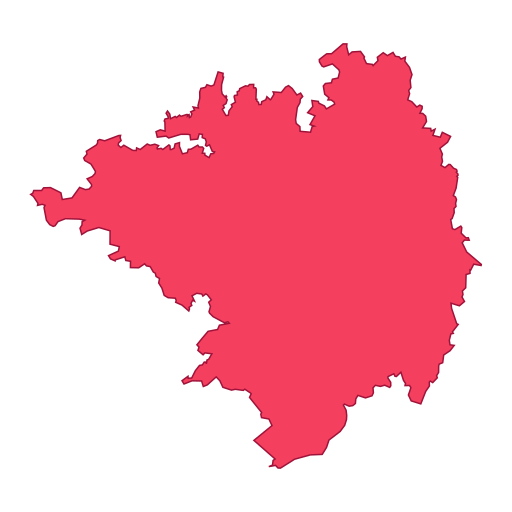 Ennis Lea-7, Clare, Ireland (Mercator projection)
{"feature_id": "5873133B50268153868150", "entity_name": "Ennis Lea-7", "entity_type": "district", "adm_level": 2, "iso_a3": "IRL", "parent_name": "Ireland", "parent_adm1": "Clare", "projection": "mercator", "projection_center": [-8.994, 52.844], "detail": "fine", "context": "isolated", "style": "filled", "palette": "rose", "viewbox_px": 512, "rotation_deg": 0, "n_neighbors": 0, "source": "geoboundaries", "source_scale": "gbopen_adm2", "svg_char_len": 5991}
<svg xmlns="http://www.w3.org/2000/svg" viewBox="0 0 512 512"><path d="M322.2,454.4L326.5,447.5L329.0,440.0L340.2,431.4L344.7,425.3L346.5,419.5L346.7,415.3L346.1,410.2L343.4,405.1L344.4,404.1L349.2,406.2L352.8,405.6L355.4,403.5L355.8,398.9L357.9,395.4L365.5,397.9L372.0,395.8L373.4,392.8L373.0,387.8L375.4,385.3L380.4,386.4L384.7,385.2L389.7,387.4L390.8,385.8L390.7,382.3L387.9,378.0L388.0,376.6L393.8,373.8L395.0,376.3L396.4,376.5L400.9,372.2L403.5,380.4L405.5,383.4L405.0,385.6L409.5,385.5L410.9,387.7L408.4,395.0L411.2,400.9L420.8,403.9L425.7,391.4L429.4,386.0L429.3,382.1L430.3,381.1L432.7,382.6L437.3,377.8L436.6,375.7L438.6,372.4L438.7,365.8L439.2,364.1L442.7,362.7L443.7,355.0L450.1,350.7L454.2,345.4L450.0,344.8L449.3,340.3L450.9,333.9L453.3,333.4L452.4,331.9L458.2,324.4L456.7,323.7L451.6,308.4L451.0,303.2L459.4,305.8L464.5,301.5L462.0,297.0L463.0,294.5L462.4,291.0L465.7,287.8L466.1,274.5L470.0,273.4L470.0,269.8L470.7,270.1L473.7,264.2L481.1,265.5L481.3,264.4L466.7,252.0L462.2,242.8L464.4,240.1L469.2,240.2L468.3,237.7L466.0,237.9L461.2,233.2L461.8,227.5L460.8,226.1L454.9,229.6L452.4,228.7L450.7,219.5L452.1,218.6L454.2,212.7L454.0,208.5L456.0,206.5L455.6,203.3L456.5,199.6L455.5,197.0L453.3,195.6L456.1,188.1L457.7,177.4L456.7,176.3L458.0,175.3L457.9,174.0L456.3,172.2L457.1,171.2L456.5,169.5L453.5,168.2L450.3,164.6L448.8,164.4L445.0,167.6L441.0,165.4L442.5,161.3L441.7,157.0L442.4,154.1L439.9,148.3L447.5,142.3L450.6,136.4L442.3,132.3L440.3,137.2L432.9,135.4L435.0,129.2L431.2,131.1L430.7,128.4L422.6,127.9L426.5,121.5L425.7,116.2L422.7,113.4L419.9,113.3L422.1,108.7L422.2,106.3L419.8,105.1L416.8,107.0L411.8,101.7L407.7,99.8L409.6,93.7L408.7,90.5L410.9,87.6L410.2,80.2L412.0,74.6L409.5,67.4L404.8,61.1L405.4,57.1L401.0,59.0L399.0,56.8L395.4,56.3L393.0,52.4L387.4,55.6L383.2,52.7L377.3,57.3L378.0,60.6L373.1,65.6L372.4,64.4L366.5,63.6L363.9,58.1L364.5,56.9L360.5,51.4L352.1,51.9L348.7,54.8L346.7,46.8L346.9,43.9L343.0,43.9L331.6,53.7L326.7,53.8L324.3,55.6L319.3,59.5L319.4,61.8L322.0,66.1L323.7,66.9L332.4,63.9L338.9,69.8L339.6,72.0L338.1,78.0L332.4,79.2L331.4,82.8L325.4,83.5L323.3,86.0L324.7,94.2L328.9,97.7L327.9,99.9L331.2,100.0L334.0,102.0L334.7,104.1L326.4,108.9L324.4,105.9L318.9,103.2L318.3,101.4L311.9,100.5L312.8,106.6L307.6,112.7L315.0,115.8L310.0,124.6L314.1,126.1L312.2,126.5L310.5,132.2L300.1,131.3L299.9,126.6L296.2,123.4L295.6,119.7L297.3,107.5L300.0,102.6L300.3,99.2L302.7,96.5L300.6,93.1L296.9,95.0L292.2,88.5L288.5,85.6L285.5,87.2L281.3,92.5L273.1,91.9L274.0,94.2L271.1,99.0L270.3,99.8L266.9,96.7L265.8,99.8L261.7,101.7L261.3,104.4L260.6,104.5L258.8,104.5L258.5,102.3L256.8,101.0L256.9,99.3L255.9,99.3L256.3,89.2L255.6,87.8L253.6,87.8L253.7,84.4L249.5,84.5L247.9,86.2L245.5,85.8L239.7,88.6L239.2,90.8L237.2,91.7L237.4,95.0L234.5,95.5L234.1,96.8L235.4,102.2L231.3,104.6L232.2,106.7L229.0,110.9L228.3,115.3L225.9,115.5L222.3,109.3L224.3,107.7L223.2,105.4L226.0,103.6L227.2,99.8L225.9,97.8L226.7,96.8L226.1,95.8L225.1,97.0L222.2,93.9L221.5,90.3L221.6,84.6L223.6,77.1L222.8,76.8L223.1,73.3L218.1,71.9L213.9,85.0L211.1,86.1L206.9,84.7L205.5,87.3L200.9,88.4L199.7,92.0L199.8,98.1L198.0,105.6L198.4,108.0L193.1,107.0L194.6,110.1L190.7,111.8L191.9,114.0L190.6,117.1L189.4,117.6L189.1,114.8L187.5,116.1L187.8,114.6L186.7,114.5L180.9,116.3L179.5,115.1L176.5,117.5L175.2,116.4L170.5,118.7L169.8,114.1L167.5,111.0L166.1,113.2L168.2,116.8L168.2,118.3L165.0,119.0L164.2,121.0L164.9,122.0L165.1,131.1L160.3,129.8L156.0,131.7L157.3,137.2L166.1,136.1L168.7,138.0L180.9,134.3L187.5,134.3L190.0,134.7L190.6,139.8L197.7,139.1L199.2,133.9L202.4,134.4L202.2,137.6L205.3,138.8L206.3,141.9L205.5,145.4L206.7,146.2L209.5,144.8L212.3,151.4L214.6,151.9L213.6,153.5L210.8,153.8L209.1,157.6L204.9,155.2L204.8,153.3L202.3,153.2L203.7,148.4L202.4,147.0L199.1,147.0L197.8,145.2L190.9,149.2L188.3,149.3L187.3,152.7L182.4,153.8L179.4,146.3L179.5,142.6L175.1,143.9L174.1,148.2L171.1,149.6L170.2,149.5L170.0,145.9L168.9,144.9L162.8,149.5L161.1,148.3L157.4,149.0L157.0,147.9L158.6,145.6L154.8,144.2L150.1,145.3L147.2,144.0L140.2,149.5L136.6,147.9L136.3,150.5L132.8,150.4L123.8,145.2L120.9,147.5L118.2,145.1L118.6,142.9L121.1,140.6L120.1,137.4L120.6,135.4L118.8,135.5L104.7,140.8L99.6,139.5L97.7,140.6L97.5,143.2L96.3,145.0L86.3,151.3L87.0,154.1L83.7,158.0L84.7,160.5L91.0,164.1L95.4,171.3L95.1,173.5L92.3,176.5L87.1,178.8L91.5,184.5L91.6,186.3L89.0,189.1L85.3,189.6L79.6,187.4L72.0,197.9L62.3,199.5L60.9,192.8L50.5,187.6L43.6,187.8L41.6,190.5L33.8,190.5L32.7,193.3L30.7,194.4L33.4,196.4L38.0,203.4L37.5,205.4L42.2,204.3L45.0,205.3L44.0,207.6L46.4,220.2L49.7,224.6L53.2,226.4L55.1,225.7L58.0,221.6L65.4,218.7L79.3,219.1L84.7,220.2L82.1,221.7L82.0,224.9L80.0,228.2L81.7,234.5L87.3,231.0L98.8,227.5L110.1,230.8L110.0,244.2L119.3,246.6L118.4,251.1L108.5,255.6L110.5,258.9L115.1,260.9L115.2,259.9L124.8,256.8L125.8,260.5L130.5,261.3L130.4,267.6L138.7,267.8L144.6,263.8L146.5,265.9L150.2,266.6L153.3,272.0L155.3,273.2L156.1,276.5L159.5,278.5L158.7,283.0L161.9,288.1L164.2,295.4L168.1,297.7L175.3,298.2L176.2,300.4L175.7,302.3L182.0,305.1L188.8,311.0L189.5,309.0L189.0,307.4L191.8,305.4L191.0,303.4L192.6,300.3L194.5,301.2L192.0,295.8L196.7,293.3L201.8,294.0L202.9,296.1L205.8,293.9L207.4,294.8L211.3,299.8L208.7,302.2L210.5,306.5L209.0,311.7L209.6,313.2L213.1,316.7L224.5,322.8L227.9,321.8L229.3,323.3L219.4,325.2L217.6,329.5L208.1,331.3L202.5,337.9L196.9,344.8L199.0,347.1L197.9,350.4L203.1,354.8L204.9,352.9L211.9,353.8L208.6,359.4L207.0,360.0L206.4,363.8L205.9,362.1L204.2,362.1L202.4,364.9L199.5,365.4L195.4,370.6L191.7,378.0L188.1,378.3L188.0,376.3L182.0,380.7L184.0,384.0L192.1,380.8L201.6,381.0L203.3,386.5L207.3,384.9L216.2,376.9L219.8,380.7L222.9,387.3L231.5,390.1L235.3,389.3L243.3,390.4L244.8,389.2L250.5,393.0L251.2,393.8L249.5,397.4L261.6,412.5L260.8,414.2L261.5,417.6L268.9,419.0L272.0,425.6L253.9,440.4L275.1,459.0L273.1,460.4L272.5,465.1L268.8,466.6L275.6,465.4L278.0,468.0L280.5,468.1L294.6,459.2L310.2,454.9L322.2,454.4Z" fill="#f43f5e" stroke="#9f1239" stroke-width="1.5"/></svg>